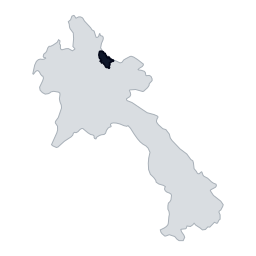 Phonthong, Louangphrabang, Laos shown in context
{"feature_id": "54806243B14812805317737", "entity_name": "Phonthong", "entity_type": "district", "adm_level": 2, "iso_a3": "LAO", "parent_name": "Laos", "parent_adm1": "Louangphrabang", "projection": "albers", "projection_center": [103.126, 20.819], "detail": "fine", "context": "in_parent", "style": "filled", "palette": "ink", "viewbox_px": 256, "rotation_deg": 0, "n_neighbors": 0, "source": "geoboundaries", "source_scale": "gbopen_adm2", "svg_char_len": 6226}
<svg xmlns="http://www.w3.org/2000/svg" viewBox="0 0 256 256"><path d="M83.0,18.5L84.4,21.0L90.7,27.8L91.8,29.7L94.1,31.1L96.0,37.1L96.8,37.5L97.9,37.1L98.7,36.2L99.4,33.9L99.8,33.6L100.5,35.6L102.3,36.1L103.1,37.0L103.3,38.4L103.0,39.9L101.5,43.3L100.6,47.9L106.9,57.8L109.5,59.2L115.7,60.8L120.0,62.9L121.9,62.4L123.8,59.9L126.0,58.6L130.2,56.4L131.4,56.3L133.7,57.1L137.6,59.6L143.4,64.1L143.2,65.3L142.1,66.6L139.1,68.4L138.1,69.6L138.7,70.0L141.3,70.3L144.3,71.3L145.3,72.5L145.8,75.2L146.3,75.7L149.2,75.4L150.0,75.8L151.1,76.6L152.1,78.9L152.1,80.6L149.3,83.7L149.0,85.5L147.6,87.6L143.7,91.2L142.7,91.5L135.6,89.5L129.9,89.9L129.4,90.6L130.4,92.8L130.7,94.9L129.8,96.6L126.6,98.7L126.5,99.6L127.1,100.6L131.9,102.5L147.1,112.7L154.1,114.6L157.1,115.9L157.9,116.6L157.9,117.5L157.1,118.7L156.5,120.7L156.5,121.9L157.2,123.1L158.5,124.8L162.8,128.7L165.9,129.6L169.3,134.1L170.3,138.0L172.0,140.5L180.0,148.9L186.8,154.0L190.8,159.5L192.8,160.8L193.4,162.8L194.1,168.7L196.5,171.6L197.0,172.8L198.0,173.7L199.1,173.8L201.4,171.8L201.9,172.1L203.0,175.2L204.0,176.3L207.6,178.2L211.4,181.8L213.5,183.2L216.0,184.2L216.4,185.4L216.0,186.6L215.2,187.4L210.9,189.7L210.3,190.7L213.4,195.4L220.8,201.2L223.2,204.7L222.7,206.4L220.8,210.0L219.3,211.0L218.9,212.1L220.1,214.9L220.1,219.2L218.8,220.3L217.5,223.0L216.7,223.3L214.4,222.3L209.8,227.1L207.8,226.9L205.4,229.5L202.4,229.9L200.3,228.1L195.7,225.1L194.1,223.2L192.7,224.9L190.4,226.5L187.0,226.0L186.2,228.3L185.5,228.8L181.5,229.2L180.8,229.6L181.5,231.7L183.9,235.2L184.7,237.3L183.2,240.6L179.0,240.6L177.1,239.3L174.7,236.5L169.3,234.7L165.8,236.0L164.7,236.0L162.0,233.7L160.9,232.1L160.3,229.9L164.4,227.9L166.4,226.5L167.8,224.9L168.3,223.3L168.9,216.7L169.4,214.3L169.0,211.5L167.9,209.2L167.9,205.8L168.4,203.1L169.9,201.7L171.0,199.7L171.5,195.3L171.0,194.1L169.5,193.1L166.9,192.1L165.3,190.8L164.6,189.3L164.7,187.9L165.4,186.7L163.5,185.4L158.8,184.0L156.2,182.2L155.7,180.2L153.7,177.5L150.4,174.3L148.6,169.5L148.3,163.3L148.7,158.2L150.0,152.3L148.1,148.1L145.9,145.9L143.0,144.2L140.2,141.9L137.5,138.8L134.3,134.3L130.5,128.3L128.0,125.6L126.8,126.3L124.1,125.7L120.0,124.0L116.5,123.1L113.4,122.9L111.5,123.3L110.5,124.2L110.5,125.2L111.2,126.1L110.8,126.8L109.2,127.3L108.0,128.2L106.5,130.4L105.5,133.3L104.0,134.5L101.7,134.7L99.4,135.5L97.1,136.9L96.1,138.0L96.2,138.7L95.7,138.9L94.6,138.5L94.1,137.5L94.1,136.0L93.0,135.0L90.6,134.5L87.9,132.8L82.9,128.6L81.7,128.5L80.0,129.5L77.8,131.8L76.0,132.7L74.6,132.3L73.4,133.1L72.7,135.2L71.2,136.8L64.3,141.3L58.0,147.0L56.4,147.5L52.7,145.8L51.5,144.7L56.8,132.9L57.6,130.0L57.5,126.2L55.4,123.0L55.3,122.1L55.7,121.1L58.3,117.5L61.5,108.1L61.3,105.1L60.0,101.9L59.4,98.8L60.0,94.6L59.8,93.0L58.4,92.1L53.7,91.3L51.0,91.9L49.7,93.0L48.1,93.7L45.2,94.1L42.4,92.6L40.1,90.2L39.6,87.2L42.6,80.9L43.4,78.5L43.3,77.3L42.8,76.1L42.1,76.0L40.7,74.4L39.3,71.8L37.9,70.6L36.6,70.8L35.4,71.7L33.5,74.2L32.8,73.8L34.7,65.1L36.4,61.4L38.3,59.7L40.3,59.1L42.5,59.4L44.2,59.1L45.7,58.2L45.5,57.7L43.9,57.5L43.2,56.5L43.6,54.6L44.4,53.4L45.5,52.9L46.7,51.1L47.8,47.9L49.1,46.3L50.7,46.3L53.4,44.9L57.2,42.3L58.6,39.7L60.0,40.9L59.5,43.9L60.2,44.6L60.5,45.6L60.3,47.3L60.6,48.8L61.2,49.5L62.0,49.8L66.0,48.7L68.4,48.6L72.4,50.8L74.8,49.2L74.8,48.6L72.9,46.5L73.6,38.8L73.3,33.0L70.1,28.7L69.5,26.9L69.2,24.1L68.3,21.7L70.6,19.8L71.9,16.2L73.6,15.4L74.1,15.5L76.0,18.2L78.6,16.9L80.5,16.9L82.1,17.6L83.0,18.5Z" fill="#d9dde1" stroke="#a8b0b8" stroke-width="1"/><path d="M98.8,55.1L98.9,55.4L99.0,55.8L99.2,56.1L99.2,56.4L99.1,56.7L99.1,57.0L99.3,57.5L99.5,58.1L99.6,58.3L99.6,58.5L99.8,58.7L100.1,58.7L100.3,58.7L100.8,59.2L100.9,59.5L100.9,59.9L100.8,60.2L100.8,60.3L100.6,60.4L100.5,60.7L100.4,60.7L100.4,60.8L100.5,60.8L100.8,60.8L100.8,61.0L100.7,61.1L100.8,61.1L101.0,61.1L100.9,61.2L100.9,61.3L101.0,61.3L101.1,61.6L101.2,61.9L101.1,62.2L101.1,62.3L101.2,62.5L101.3,62.6L101.5,62.9L101.6,63.0L102.1,62.8L102.3,62.8L102.7,62.9L103.1,63.1L103.4,63.6L103.5,63.7L103.5,63.8L103.6,64.0L104.0,64.1L104.1,64.3L104.2,64.5L104.5,64.8L104.7,65.1L105.1,65.6L105.2,65.9L105.3,66.1L105.3,66.3L105.4,66.6L105.5,66.7L105.7,66.9L105.8,66.9L105.9,67.0L106.0,67.3L106.4,67.5L106.8,67.5L107.0,67.5L107.5,67.6L107.9,67.4L108.1,67.3L108.3,67.3L108.4,67.5L108.5,67.9L108.5,68.0L108.8,68.3L109.0,68.3L109.3,68.2L109.4,67.9L109.5,67.8L109.6,67.6L109.5,67.4L109.5,67.2L109.4,66.9L109.3,66.7L109.3,66.4L109.3,65.9L109.4,65.7L109.5,65.7L109.7,65.3L109.8,65.1L109.6,64.9L109.7,64.7L109.8,64.5L109.7,64.5L109.6,64.3L109.7,64.2L109.5,63.9L109.6,63.7L109.7,63.3L109.7,63.1L109.6,62.9L110.0,62.8L110.1,62.6L110.3,62.5L110.3,62.4L110.7,62.2L110.8,62.0L111.2,62.0L111.4,62.0L111.5,61.8L111.8,61.7L111.9,61.4L112.1,61.3L112.3,61.1L112.5,61.2L113.0,61.3L113.3,61.3L113.5,61.0L113.6,60.9L113.8,60.8L113.9,60.7L114.1,60.7L113.9,60.6L113.7,60.6L113.5,60.4L113.4,60.3L113.4,60.2L113.2,60.0L112.9,60.2L112.7,60.0L112.6,59.9L112.4,59.9L112.2,59.7L111.9,59.7L111.6,59.6L111.6,59.4L111.4,59.2L111.3,59.3L111.2,59.3L111.0,59.5L110.9,59.5L110.7,59.6L110.4,59.5L110.4,59.4L110.1,59.4L110.0,59.2L109.9,59.1L109.9,58.9L109.9,58.7L110.0,58.6L110.1,58.4L109.9,58.1L109.8,57.9L109.6,57.9L109.6,57.7L109.3,57.5L109.2,57.6L109.2,57.4L109.0,57.5L108.9,57.5L108.8,57.4L108.7,57.4L108.5,57.2L108.4,57.2L108.4,57.3L108.2,57.4L108.0,57.5L107.9,57.5L108.0,57.5L107.9,57.5L107.9,57.4L107.8,57.5L107.8,57.4L107.7,57.4L107.4,57.4L107.3,57.5L107.2,57.7L107.0,57.4L107.0,57.1L106.9,57.1L106.9,56.9L106.9,56.7L106.7,56.7L106.3,56.4L106.4,56.2L106.4,55.9L106.4,55.7L106.2,55.7L106.0,55.4L106.0,55.2L105.9,55.1L105.7,54.9L105.7,54.6L105.6,54.4L105.5,54.2L105.5,54.3L105.4,54.2L105.2,54.0L105.2,53.9L105.3,53.8L105.3,53.7L105.2,53.7L105.1,53.4L104.9,53.4L104.6,53.2L104.6,53.3L104.4,53.4L104.2,53.3L103.9,53.3L103.8,53.2L103.7,53.2L103.4,52.9L103.4,52.7L103.5,52.6L103.5,52.3L103.4,52.3L103.3,52.0L103.3,51.9L103.2,51.9L103.0,51.7L102.9,51.7L102.6,51.4L102.4,51.4L102.2,51.5L102.0,51.4L101.9,51.4L101.7,51.4L101.7,51.2L101.3,51.2L101.2,51.1L100.9,51.1L100.7,51.2L100.4,51.2L100.4,51.3L100.1,51.4L99.7,51.4L99.5,51.5L99.5,51.8L99.6,52.0L99.4,52.5L99.0,53.1L99.1,53.3L99.2,53.6L99.1,54.0L98.9,54.3L98.9,54.8L98.8,55.1Z" fill="#0f172a" stroke="#020617" stroke-width="1.5"/></svg>